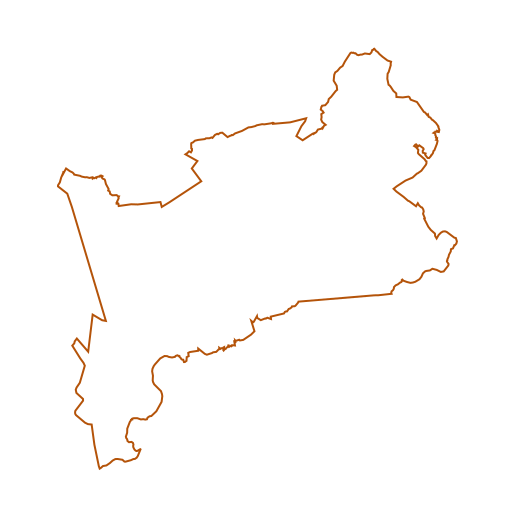 Baia, Tulcea, Romania, rotated 82°
{"feature_id": "2599482B30958520247862", "entity_name": "Baia", "entity_type": "district", "adm_level": 2, "iso_a3": "ROU", "parent_name": "Romania", "parent_adm1": "Tulcea", "projection": "equal_earth", "projection_center": [28.628, 44.749], "detail": "fine", "context": "isolated", "style": "outline", "palette": "amber", "viewbox_px": 512, "rotation_deg": 82, "n_neighbors": 0, "source": "geoboundaries", "source_scale": "gbopen_adm2", "svg_char_len": 5995}
<svg xmlns="http://www.w3.org/2000/svg" viewBox="0 0 512 512"><g transform="rotate(82 256 256)"><path d="M159.5,442.4L168.0,434.2L181.9,431.5L299.4,413.7L298.2,417.3L291.3,425.9L327.4,435.5L312.8,444.9L315.3,447.4L317.2,448.1L319.2,450.4L332.9,444.3L337.8,441.7L340.8,440.8L357.0,448.1L361.3,452.0L363.3,453.1L366.6,452.9L373.5,447.2L375.2,447.4L384.1,456.4L385.5,456.9L387.1,457.0L388.5,456.4L397.3,448.5L399.1,445.8L400.0,442.2L420.4,442.3L442.2,440.9L444.8,440.4L444.2,439.0L442.7,436.8L442.6,433.3L440.7,429.5L438.6,426.4L437.5,423.5L437.8,421.1L439.2,416.6L441.3,414.9L441.5,413.8L440.8,408.3L440.0,405.7L440.1,404.2L439.1,402.2L437.5,400.8L431.4,397.3L431.2,397.5L432.5,400.7L432.5,401.4L432.0,402.3L430.7,403.3L428.4,404.1L427.0,404.1L425.7,403.6L423.9,403.9L422.8,405.1L422.7,407.7L421.3,409.0L419.5,409.1L418.3,409.8L416.8,410.0L413.1,408.2L409.0,407.5L402.7,404.0L401.7,403.0L400.8,402.6L400.7,401.3L399.9,401.3L399.6,400.1L399.9,397.3L400.1,396.1L401.8,392.8L401.9,390.3L402.6,388.4L402.5,386.7L401.0,385.9L399.9,383.7L399.9,381.9L395.9,376.3L387.3,369.8L381.8,368.3L379.7,368.3L376.6,368.9L368.9,374.7L366.4,375.5L364.7,375.6L360.2,374.7L355.7,374.9L353.3,374.2L350.9,372.7L349.4,371.3L344.1,365.1L342.3,360.5L342.8,357.9L343.8,356.4L344.8,353.3L344.6,350.3L343.8,349.5L343.4,347.7L344.1,346.8L344.1,346.2L344.4,345.8L344.9,346.0L346.6,344.7L347.5,344.4L348.4,343.5L348.6,342.5L351.0,342.1L351.1,341.2L350.1,339.4L346.5,338.7L345.8,336.6L342.5,336.6L341.9,334.7L341.8,326.4L339.6,326.1L345.8,320.3L346.9,318.4L346.0,313.1L345.4,311.9L345.4,308.7L343.2,305.9L343.2,305.1L341.8,305.1L342.9,303.9L342.5,302.8L342.6,301.2L342.0,300.9L341.8,300.3L343.7,300.8L344.5,301.5L345.1,301.2L343.8,299.7L343.8,299.0L343.1,298.4L342.0,296.7L342.0,296.0L340.7,295.9L340.7,295.5L342.2,295.2L341.2,292.8L341.8,292.6L341.1,291.5L341.7,289.3L337.3,289.4L337.3,289.0L338.7,288.9L338.6,288.4L336.6,288.4L337.0,288.1L337.1,287.1L336.6,284.3L337.4,283.7L337.3,280.3L333.2,271.9L330.3,268.0L319.6,269.7L321.3,268.2L320.9,267.4L315.7,263.4L317.5,263.4L320.2,260.2L319.1,255.5L319.4,255.0L318.7,253.4L320.5,249.9L318.1,249.8L316.8,236.3L315.4,235.2L315.1,234.4L315.2,233.0L313.0,231.0L312.8,229.8L311.8,227.9L310.9,227.4L311.1,224.8L310.8,223.9L308.0,220.8L307.1,220.3L311.4,144.3L311.9,140.2L312.3,127.0L311.3,127.2L309.9,126.7L308.9,125.1L307.6,124.1L306.0,123.7L304.5,121.8L303.8,119.4L302.4,117.1L302.0,115.7L301.3,115.1L300.1,115.0L299.7,114.4L301.0,113.4L302.7,110.2L304.1,106.8L304.1,104.3L303.7,101.9L301.8,97.4L299.6,95.1L296.4,93.1L294.7,90.6L294.5,89.4L294.5,85.8L293.2,83.1L294.9,79.0L297.5,75.2L297.4,72.3L292.2,66.9L290.7,66.4L288.1,67.7L287.4,67.6L286.7,67.0L286.0,67.0L283.7,65.5L281.6,64.7L278.6,62.5L276.4,62.0L275.9,59.9L272.9,58.1L273.1,57.6L271.6,55.9L269.5,55.0L266.0,55.6L265.5,57.0L258.8,63.7L258.0,65.1L257.8,66.1L257.8,67.6L258.7,69.7L260.6,72.2L263.8,74.7L261.2,75.8L258.7,75.7L254.5,79.3L251.0,81.3L242.3,84.3L242.0,84.1L242.4,83.7L242.1,83.5L237.5,84.7L235.2,83.7L233.1,83.9L231.1,84.8L230.6,85.8L228.5,87.5L226.3,88.4L229.0,90.6L223.1,96.6L222.4,97.8L218.0,101.6L211.6,108.1L208.6,110.4L206.6,107.0L202.1,97.4L200.1,90.0L196.8,85.2L196.6,84.3L194.6,80.4L189.2,75.0L187.9,74.3L186.0,74.0L185.5,74.7L183.6,75.6L177.7,80.7L176.5,81.3L173.4,80.5L170.4,82.5L169.1,84.1L167.9,82.7L167.7,81.9L170.1,80.3L169.1,78.9L172.5,75.4L173.5,75.1L175.1,76.3L176.9,76.4L178.1,73.8L179.1,74.4L180.1,74.0L182.8,72.4L183.1,71.0L181.5,69.0L180.7,68.7L180.6,68.2L178.8,66.5L176.7,65.6L176.1,64.6L170.0,61.2L167.3,60.2L166.4,60.5L166.1,61.3L165.3,60.4L164.7,60.3L164.9,60.8L163.7,61.4L162.6,61.1L161.3,61.6L160.2,61.4L159.2,62.1L158.8,63.0L158.6,62.7L158.9,62.1L157.8,61.2L158.1,59.8L157.2,59.3L158.0,58.3L158.5,58.3L158.7,57.7L156.6,56.9L153.1,57.6L152.9,57.4L149.3,59.3L146.0,62.0L145.6,62.7L143.2,64.1L142.3,65.6L139.7,66.0L140.3,66.8L137.4,68.6L136.7,69.7L125.9,75.2L122.7,81.1L120.0,82.0L119.4,82.9L119.4,88.5L118.1,94.8L114.5,94.5L111.6,97.0L107.3,99.0L105.8,99.9L104.9,100.9L98.8,101.3L93.8,100.3L92.3,99.0L85.8,96.0L84.2,95.9L82.4,95.2L80.7,98.6L76.4,102.9L73.3,105.6L70.8,107.2L69.9,108.4L67.2,110.0L67.3,110.5L68.1,111.1L68.2,112.2L70.5,113.4L71.9,115.3L70.6,120.0L71.3,123.1L71.1,124.3L71.4,126.6L70.8,127.9L69.1,129.2L69.0,130.2L68.2,131.3L68.3,132.1L67.8,133.3L68.2,134.3L75.8,140.9L79.9,143.8L81.2,146.5L84.1,149.7L85.2,152.0L87.4,153.3L93.2,154.7L98.6,152.4L102.7,152.5L103.8,154.2L108.8,159.4L110.7,162.1L113.5,163.2L116.3,166.4L116.4,169.7L117.2,170.1L117.4,170.5L120.0,171.5L121.8,169.8L123.4,169.1L124.6,171.6L127.6,171.7L130.0,172.5L132.6,171.7L135.8,168.8L136.5,170.5L138.9,172.3L138.3,172.6L139.0,173.3L139.4,177.1L141.8,179.1L142.8,181.3L142.4,181.2L142.8,182.9L147.9,193.7L142.9,199.3L133.8,193.0L129.4,188.6L126.6,187.2L128.4,203.6L127.5,220.6L126.6,220.3L126.4,221.1L126.7,222.3L126.8,229.4L126.3,231.6L126.7,237.4L127.2,238.3L127.7,242.7L127.6,245.6L130.2,252.5L131.7,259.7L133.1,262.2L132.8,263.2L133.3,264.1L133.4,265.1L134.3,267.6L129.2,272.2L129.1,274.3L130.2,276.6L129.6,277.4L130.4,279.8L133.0,282.7L132.4,283.6L132.9,285.7L132.5,289.2L133.1,290.4L133.0,297.2L133.3,300.4L134.8,302.7L135.1,304.2L135.9,304.6L140.5,305.1L141.0,304.5L142.6,304.7L144.3,306.0L143.0,307.7L144.6,309.8L145.5,311.7L153.8,300.8L160.4,307.4L174.4,299.8L190.8,334.4L194.3,342.5L189.3,343.1L188.5,365.9L187.4,372.4L187.4,385.0L185.2,385.0L184.8,386.8L183.9,386.7L183.5,385.8L182.8,386.0L179.8,384.0L179.0,384.1L177.9,383.4L177.6,384.4L176.3,385.5L175.9,389.8L174.1,391.8L171.7,391.9L170.6,393.3L169.2,392.6L163.8,394.6L159.8,395.0L159.0,395.4L158.0,397.1L156.4,398.0L155.6,396.9L154.9,397.8L154.7,399.0L155.6,400.2L155.4,400.5L155.7,402.9L156.4,403.2L155.9,403.7L156.5,405.1L156.1,406.1L156.4,406.6L156.0,406.6L156.2,407.1L155.3,407.2L155.5,410.1L154.4,412.6L154.3,414.2L153.1,417.6L152.1,419.1L150.1,424.7L149.1,425.0L147.7,426.1L146.1,428.5L142.9,431.9L147.1,435.0L145.1,434.8L146.5,435.2L151.2,438.0L155.8,440.0L158.4,442.2L159.5,442.4Z" fill="none" stroke="#b45309" stroke-width="2"/></g></svg>